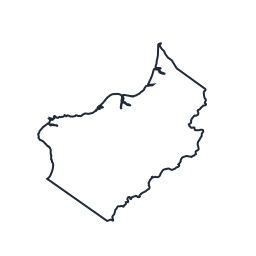 Santa Cruz, Mercator projection, rotated 215°
{"feature_id": "ARG-1271", "entity_name": "Santa Cruz", "entity_type": "Province", "adm_level": 1, "iso_a3": "ARG", "parent_name": "Argentina", "parent_adm1": "", "projection": "mercator", "projection_center": [-69.587, -49.195], "detail": "fine", "context": "isolated", "style": "outline", "palette": "slate", "viewbox_px": 256, "rotation_deg": 215, "n_neighbors": 0, "source": "natural_earth", "source_scale": "10m", "svg_char_len": 5746}
<svg xmlns="http://www.w3.org/2000/svg" viewBox="0 0 256 256"><g transform="rotate(215 128 128)"><path d="M87.2,72.3L87.8,71.9L88.1,71.3L88.1,70.5L87.9,69.8L87.6,69.3L85.9,68.2L85.5,67.7L85.6,67.2L86.8,66.4L87.2,66.0L86.2,64.7L86.5,62.8L86.8,62.2L86.5,61.4L86.5,61.2L86.8,60.8L88.2,60.7L88.6,60.5L89.7,59.2L90.7,58.6L91.3,57.9L91.4,57.1L91.1,55.2L91.4,54.0L91.3,53.5L90.1,50.2L89.9,49.3L90.0,47.0L89.9,46.3L89.5,45.8L87.3,44.0L87.2,43.9L87.2,43.6L87.6,43.4L89.4,43.1L89.8,42.9L90.6,41.5L91.9,39.9L165.0,40.0L164.3,42.5L164.3,44.2L165.2,48.3L165.8,50.4L167.9,54.7L169.5,56.2L170.9,56.7L171.3,57.4L172.0,58.0L172.8,58.1L173.2,58.4L173.4,59.1L174.0,59.7L174.9,61.3L175.5,61.5L175.7,61.8L177.6,63.9L178.7,65.6L179.3,66.2L180.9,67.1L181.6,67.0L182.2,67.4L182.9,67.1L183.3,67.3L184.4,67.1L185.5,67.7L186.5,67.6L187.0,67.8L189.9,68.4L191.9,68.2L193.0,67.8L193.8,67.8L194.9,68.5L195.6,68.6L196.0,69.1L196.2,69.8L198.1,71.5L197.9,72.0L198.6,75.1L198.4,76.9L198.2,79.6L196.2,85.8L195.9,86.0L195.4,86.0L192.9,85.7L191.8,87.0L189.7,88.1L188.5,88.9L188.1,89.0L186.5,89.0L187.3,89.3L188.1,89.3L189.4,88.5L190.9,88.1L192.6,87.1L193.1,86.5L193.9,86.4L195.2,86.5L195.5,86.9L196.1,89.4L196.6,90.0L197.8,90.3L197.3,90.7L197.2,91.0L197.7,91.3L196.4,91.7L196.2,91.2L195.3,90.9L194.8,91.1L194.4,91.7L194.3,92.2L194.7,92.4L194.6,93.1L194.4,93.4L194.4,93.7L194.0,93.9L194.1,94.2L194.6,94.6L195.2,94.8L195.3,95.2L195.0,95.7L194.5,95.8L194.3,95.5L194.0,95.3L193.6,95.6L192.4,95.6L191.5,96.0L191.1,96.3L191.0,97.0L190.6,97.7L189.2,98.3L188.7,99.2L188.1,99.5L187.8,99.8L187.4,100.4L187.1,101.3L187.3,102.2L187.1,102.3L185.4,102.1L185.0,102.5L185.1,102.9L185.0,103.5L184.5,103.8L183.7,104.1L181.8,104.3L181.0,105.0L180.0,105.5L179.6,106.0L178.9,106.5L178.4,107.2L178.1,107.5L177.9,108.6L177.0,109.0L175.7,109.2L174.7,110.1L173.4,110.9L173.0,111.4L172.9,112.8L172.2,113.6L171.9,114.8L171.0,115.6L169.7,116.2L168.2,117.2L165.5,120.2L165.2,121.1L164.8,122.7L164.1,123.4L164.1,124.1L164.4,124.2L164.5,124.7L163.8,125.2L163.5,125.9L163.4,126.6L162.9,127.1L162.3,127.3L162.8,128.1L162.7,128.5L161.9,129.0L162.1,129.2L162.1,129.6L161.6,130.1L160.6,130.2L160.5,130.4L160.9,130.6L162.5,130.5L163.0,130.0L163.2,129.0L163.2,128.3L163.5,127.9L163.6,127.1L164.1,126.6L164.3,126.7L164.6,127.1L164.5,128.7L163.8,130.2L162.9,134.5L162.6,138.3L162.7,138.7L162.3,141.4L161.6,143.9L160.5,146.2L159.4,147.4L156.2,149.9L154.5,150.7L152.9,151.0L151.4,150.8L150.8,149.8L150.3,149.6L149.9,148.9L149.2,146.9L148.8,146.3L148.2,145.8L147.8,145.1L147.3,143.5L146.8,142.9L145.8,140.7L145.0,140.1L144.2,139.9L145.4,140.7L145.6,141.0L145.7,141.4L146.8,143.5L147.1,144.8L147.2,145.4L146.3,146.2L145.4,146.6L144.9,146.6L144.2,146.5L143.1,146.6L141.8,146.4L141.1,146.9L140.5,147.2L140.0,147.2L139.3,147.7L139.3,147.9L141.1,147.8L141.7,147.3L142.4,146.9L143.7,147.0L145.5,147.3L147.0,146.6L147.5,146.9L147.6,147.5L148.2,147.9L148.3,149.2L148.7,149.7L149.5,150.5L150.0,150.6L150.3,150.7L150.5,151.1L151.0,151.2L151.2,151.6L151.0,152.2L150.4,152.5L149.7,153.1L144.3,155.6L143.7,155.6L143.3,156.0L143.2,156.4L142.4,156.6L142.1,156.5L141.8,156.7L141.7,157.4L141.4,157.6L140.0,159.5L138.2,163.2L138.1,164.5L137.3,166.6L136.9,168.4L136.9,168.9L137.2,169.6L137.3,171.4L137.3,172.2L137.1,173.0L135.9,173.9L134.9,175.0L133.3,176.3L132.5,177.1L132.2,178.1L134.4,176.2L136.0,175.2L136.5,175.1L136.7,175.6L136.7,176.2L137.6,181.0L137.7,181.9L138.0,182.5L138.1,183.7L138.4,184.9L140.2,190.1L140.4,191.3L140.2,191.8L139.9,192.2L139.2,191.9L138.7,191.9L138.3,192.2L137.7,193.0L137.4,193.1L136.5,193.0L134.4,191.8L132.8,191.7L132.0,192.1L130.6,192.4L129.7,193.1L128.5,193.7L132.4,192.8L133.2,192.6L134.1,192.8L136.7,194.0L136.6,194.5L135.6,195.3L135.6,195.5L136.0,195.5L137.8,194.5L139.0,193.4L139.5,193.3L140.0,193.6L140.7,194.3L141.8,197.6L142.7,198.9L144.0,202.1L145.2,204.7L151.0,213.6L151.1,214.1L151.0,214.5L150.2,215.5L150.0,215.9L149.7,216.1L149.6,215.7L149.7,215.3L149.5,214.8L149.5,213.7L149.4,213.4L147.2,212.8L146.4,212.3L142.8,211.7L139.4,209.8L135.7,208.6L130.8,208.5L122.4,204.8L87.1,204.3L86.3,203.7L86.4,202.5L86.6,201.6L86.4,200.8L86.0,200.1L84.3,198.2L83.1,197.0L82.3,196.5L80.6,195.9L80.2,195.6L80.0,195.0L79.8,193.4L79.7,193.0L79.3,192.5L77.9,192.3L77.5,191.6L78.0,190.7L79.3,189.4L79.3,188.4L79.7,187.5L79.8,186.9L79.9,184.7L80.0,184.3L81.0,182.7L81.0,182.3L80.7,181.9L79.4,181.0L78.8,180.3L78.4,179.3L78.4,178.8L78.5,178.4L79.6,176.8L80.4,176.6L80.7,175.9L80.9,174.6L81.0,172.2L80.9,171.1L80.5,170.3L79.6,168.9L79.4,168.4L79.4,168.0L80.2,166.2L80.2,165.7L78.7,164.9L76.5,164.4L75.8,164.8L74.5,166.2L73.7,166.3L73.4,166.0L72.5,165.0L72.1,164.8L71.6,164.9L69.4,166.2L68.8,166.8L67.5,168.2L66.7,168.8L65.9,169.2L65.2,169.2L64.5,168.6L64.3,167.7L64.3,166.6L64.2,165.5L63.3,164.1L63.0,163.6L63.0,163.1L63.0,161.5L62.7,159.4L62.7,157.7L62.6,156.8L61.9,155.0L61.4,154.3L60.4,153.6L58.1,151.4L57.9,150.7L58.1,149.8L59.0,148.1L59.1,147.7L58.7,146.9L57.4,145.6L57.5,145.2L57.9,144.5L58.1,143.2L59.0,142.2L59.3,141.5L59.3,140.8L64.1,138.6L66.6,135.1L66.6,132.9L66.2,131.4L65.5,130.6L65.7,128.3L65.9,127.1L64.7,126.9L64.4,126.4L64.4,125.7L64.6,125.0L65.7,123.5L65.9,123.1L66.0,122.0L66.3,121.4L67.5,119.5L68.2,118.8L69.1,118.5L70.8,118.3L71.6,118.0L72.3,117.4L74.5,114.9L75.0,114.1L75.2,113.3L75.2,112.2L75.1,109.3L74.7,107.8L74.6,106.4L75.3,104.9L76.7,103.9L77.9,103.5L78.1,103.2L79.0,102.0L79.4,101.9L80.0,102.1L80.3,101.7L79.8,100.4L80.1,98.4L79.6,95.1L79.5,94.6L78.7,94.2L78.4,93.3L78.1,92.9L77.1,92.5L76.5,91.9L76.0,91.2L75.9,90.4L76.6,88.7L77.4,86.0L79.1,82.9L79.4,82.0L79.9,79.6L79.9,79.3L79.0,78.6L79.1,78.0L79.7,77.4L80.5,77.0L81.9,77.2L82.3,77.1L82.6,76.9L84.6,74.3L85.0,73.7L85.1,73.2L84.8,71.8L84.9,71.4L85.1,71.3L85.5,71.3L86.6,72.1L87.2,72.3Z" fill="none" stroke="#1e293b" stroke-width="2"/></g></svg>